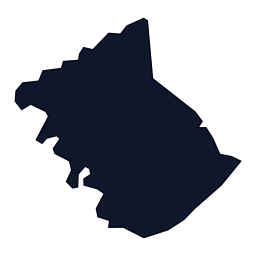 the district of Owen, Kentucky, United States of America
{"feature_id": "52423323B69161309107902", "entity_name": "Owen", "entity_type": "district", "adm_level": 2, "iso_a3": "USA", "parent_name": "United States of America", "parent_adm1": "Kentucky", "projection": "natural_earth1", "projection_center": [-84.882, 38.532], "detail": "fine", "context": "isolated", "style": "filled", "palette": "ink", "viewbox_px": 256, "rotation_deg": 0, "n_neighbors": 0, "source": "geoboundaries", "source_scale": "gbopen_adm2", "svg_char_len": 800}
<svg xmlns="http://www.w3.org/2000/svg" viewBox="0 0 256 256"><path d="M108.8,227.2L123.4,227.1L143.9,237.5L167.9,229.7L183.6,219.6L194.7,208.2L221.1,185.0L240.6,161.2L231.4,156.7L219.7,154.4L212.5,138.1L205.9,127.8L197.9,127.8L202.0,121.3L195.0,112.0L152.5,78.7L147.3,20.9L143.7,18.5L127.0,26.0L120.5,34.3L108.8,33.4L92.9,49.9L83.6,47.7L79.7,54.0L78.6,60.4L63.6,61.6L61.5,68.5L43.1,70.9L38.9,81.2L22.8,83.0L16.1,91.0L15.4,101.2L21.7,109.4L30.6,104.0L45.8,111.3L48.7,116.4L36.4,139.8L42.0,143.2L46.7,138.0L56.7,135.5L60.3,138.6L53.5,148.6L55.0,153.3L69.6,160.9L71.8,170.3L66.6,181.5L72.7,187.8L77.5,186.9L78.0,174.1L85.1,166.0L89.8,168.7L90.9,174.6L84.0,178.9L84.2,185.0L97.3,188.6L104.4,193.5L96.5,208.6L98.0,216.7L109.8,220.4L108.8,227.2Z" fill="#0f172a" stroke="#020617" stroke-width="1.5"/></svg>